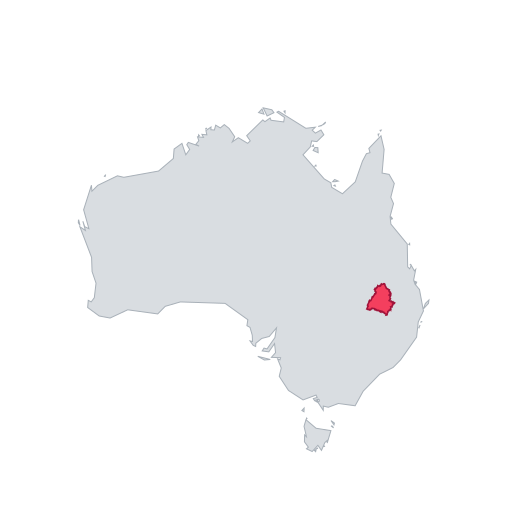 location of Maranoa, Queensland, Australia, rotated 21°
{"feature_id": "25037944B80919931419893", "entity_name": "Maranoa", "entity_type": "district", "adm_level": 2, "iso_a3": "AUS", "parent_name": "Australia", "parent_adm1": "Queensland", "projection": "albers", "projection_center": [148.678, -26.394], "detail": "fine", "context": "in_parent", "style": "filled", "palette": "rose", "viewbox_px": 512, "rotation_deg": 21, "n_neighbors": 0, "source": "geoboundaries", "source_scale": "gbopen_adm2", "svg_char_len": 7570}
<svg xmlns="http://www.w3.org/2000/svg" viewBox="0 0 512 512"><g transform="rotate(21 256 256)"><path d="M337.4,110.6L344.0,133.4L351.0,132.1L359.1,138.7L360.8,152.9L365.6,157.8L367.0,171.0L370.5,177.9L392.9,190.6L401.5,211.8L404.0,212.9L404.4,209.2L409.2,213.1L409.9,211.2L411.8,222.0L414.5,225.3L420.6,228.7L432.0,247.3L431.1,259.4L435.0,274.2L428.2,301.2L423.9,311.0L413.8,322.0L404.5,343.8L402.2,360.3L385.7,364.2L377.7,371.3L372.6,372.0L374.1,376.0L366.1,370.3L367.2,368.9L366.6,367.5L365.2,367.4L362.6,370.1L360.6,368.6L363.8,366.1L361.9,364.3L351.5,373.5L334.5,369.9L320.8,360.0L319.7,351.5L313.0,344.3L315.6,344.4L315.4,342.1L306.7,345.1L308.9,339.2L304.7,331.1L302.3,340.9L295.8,342.4L296.5,339.1L299.6,338.8L302.9,325.4L300.9,315.7L297.2,326.4L290.9,330.9L287.1,337.5L288.1,340.6L285.4,340.4L280.8,337.4L283.4,337.1L280.9,331.3L276.0,324.8L272.5,324.3L271.2,318.4L244.1,311.3L201.8,326.0L189.3,335.5L185.0,345.3L155.5,352.2L142.0,366.2L131.1,368.2L117.3,364.4L115.3,357.5L118.6,357.9L120.0,352.9L116.4,338.7L108.5,329.2L103.0,316.2L81.1,291.8L87.6,293.3L81.9,285.6L85.6,290.0L90.2,290.4L78.5,274.6L77.0,248.9L79.6,254.3L83.0,246.7L97.9,230.8L104.4,229.9L134.6,211.6L143.9,194.6L141.2,185.5L146.5,177.4L154.2,186.7L155.9,180.3L151.5,176.9L152.1,174.2L163.5,173.8L159.8,173.4L161.3,168.9L158.7,165.7L164.5,164.1L161.9,161.8L166.7,160.5L164.3,156.9L167.8,151.7L168.6,154.3L172.0,153.3L171.5,148.3L176.8,149.2L179.3,144.7L185.1,146.5L193.4,152.3L193.0,158.0L197.1,151.9L207.8,153.8L209.4,150.6L204.2,147.0L213.6,126.5L216.2,127.4L219.7,122.1L221.4,123.9L233.8,120.9L232.9,116.4L224.0,114.2L225.2,112.8L256.8,118.9L265.2,114.5L263.4,118.4L267.4,120.0L271.5,115.1L275.9,118.5L271.8,127.4L266.7,128.6L267.6,134.7L263.6,144.7L292.1,159.6L299.6,160.8L302.1,164.8L314.4,166.9L322.1,151.2L321.4,129.2L322.4,120.9L325.4,118.7L322.8,115.1L329.6,99.0L337.4,110.6ZM361.3,390.9L373.8,395.3L388.5,392.2L389.5,405.1L388.5,402.8L387.1,405.5L386.8,414.0L381.6,410.6L378.5,418.4L372.2,417.9L373.4,415.7L367.8,412.1L365.5,405.6L367.9,406.7L361.9,397.8L361.3,390.9ZM209.6,115.1L218.4,113.8L221.4,115.8L216.2,121.3L209.6,115.1ZM293.6,349.0L306.4,347.5L301.1,350.1L293.6,349.0ZM274.9,132.7L277.0,137.3L271.5,137.0L272.1,133.6L274.9,132.7ZM431.3,245.2L431.1,239.6L433.2,235.1L434.0,238.4L431.3,245.2ZM385.0,382.8L389.1,383.9L389.3,385.7L385.0,382.8ZM208.9,116.6L212.6,120.7L207.0,121.2L208.9,116.6ZM356.6,384.2L354.2,383.8L355.4,380.7L356.6,384.2ZM305.9,156.6L303.4,158.2L300.9,159.2L302.0,156.4L305.9,156.6ZM80.8,290.6L78.2,288.6L77.4,286.2L77.6,286.0L80.8,290.6ZM388.4,387.5L390.0,388.7L386.9,387.7L388.4,387.5ZM413.5,222.7L415.4,222.8L415.3,225.2L413.5,222.7ZM367.7,170.8L370.0,172.2L369.6,173.1L367.7,170.8ZM381.5,415.2L381.8,417.3L380.2,416.6L381.5,415.2ZM433.9,261.6L433.9,264.7L433.7,264.6L433.9,261.6ZM231.8,111.9L230.2,110.8L231.1,110.0L231.8,111.9ZM272.8,107.7L270.9,110.2L273.0,105.9L272.8,107.7ZM434.3,258.0L433.3,259.0L434.0,257.9L434.3,258.0ZM279.9,150.4L278.8,150.9L279.3,149.7L279.9,150.4ZM270.5,133.0L269.1,133.4L269.8,131.8L270.5,133.0ZM86.5,233.9L86.6,235.9L85.9,235.9L86.5,233.9ZM327.0,98.0L327.0,99.6L326.3,98.5L327.0,98.0ZM365.2,368.2L365.6,369.2L365.1,368.9L365.2,368.2ZM270.4,110.9L267.6,112.8L270.4,110.5L270.4,110.9ZM164.1,154.6L163.3,155.9L163.7,154.5L164.1,154.6ZM382.4,413.7L381.6,414.1L382.0,413.3L382.4,413.7ZM305.1,162.3L303.5,162.4L304.2,161.4L305.1,162.3ZM160.0,164.0L159.3,164.8L159.0,163.4L160.0,164.0ZM388.2,409.2L387.2,409.8L387.5,408.7L388.2,409.2ZM327.8,93.6L327.6,94.7L326.8,94.2L327.8,93.6ZM364.6,369.6L365.8,370.5L364.0,370.3L364.6,369.6ZM395.5,190.5L394.5,190.5L394.9,189.2L395.5,190.5ZM403.6,209.0L403.1,209.0L403.5,208.0L403.6,209.0ZM361.8,389.3L361.5,390.1L361.2,389.2L361.8,389.3Z" fill="#d9dde1" stroke="#a8b0b8" stroke-width="1"/><path d="M399.3,264.3L399.4,263.6L399.0,263.5L399.3,261.4L399.3,261.1L399.0,260.8L398.9,260.6L399.0,260.5L399.2,260.1L399.4,259.8L399.8,259.4L400.2,259.1L399.8,258.8L400.9,257.6L400.7,257.5L400.5,257.4L400.4,257.3L400.4,257.2L400.7,257.1L400.8,257.2L400.6,256.5L400.5,256.3L400.1,255.2L400.4,255.1L400.2,255.0L401.0,254.6L400.9,254.5L400.8,254.4L400.9,254.2L400.9,253.6L401.1,253.4L401.2,253.0L400.9,253.0L400.9,252.8L401.1,252.8L401.2,252.6L401.1,252.4L401.2,252.5L401.2,252.3L401.2,252.1L401.2,251.9L401.3,251.7L401.0,251.6L401.4,251.3L401.4,251.1L401.6,251.1L401.6,250.8L401.8,250.9L401.8,251.0L402.1,250.9L402.3,250.1L402.2,250.1L401.3,249.9L401.2,250.0L400.9,250.0L400.7,250.0L400.5,249.9L400.4,250.0L400.0,250.0L400.0,250.3L399.8,250.3L399.8,250.2L399.7,250.3L399.4,250.3L399.5,250.2L399.3,250.0L399.5,249.9L399.2,249.8L399.1,250.1L398.9,250.1L398.5,249.7L398.4,249.8L398.1,249.8L397.9,249.8L397.6,249.8L397.4,249.9L396.9,250.0L396.6,250.1L396.3,250.0L396.4,249.8L396.4,249.5L396.3,249.4L396.4,248.9L396.5,248.8L396.6,248.7L396.7,248.4L396.8,248.3L396.8,248.2L396.9,247.7L396.2,247.4L395.8,246.4L395.9,245.7L395.7,245.5L395.7,245.4L395.4,245.3L395.5,245.2L395.4,245.2L395.2,245.0L395.3,244.7L395.2,244.7L394.6,244.9L394.5,244.7L394.2,244.7L394.3,244.4L394.3,244.2L394.4,243.9L394.5,243.8L394.7,244.1L394.9,244.0L395.1,243.9L395.3,243.7L395.3,243.8L395.5,243.7L395.4,243.5L395.4,243.4L395.5,243.3L395.4,243.2L395.3,243.4L395.1,243.1L394.9,243.0L394.9,242.9L395.2,242.6L394.4,241.6L394.2,241.7L393.9,241.7L393.5,241.6L393.3,241.5L393.3,241.4L393.2,241.4L393.2,241.5L393.1,241.4L392.9,241.2L392.7,241.1L392.5,240.9L392.5,240.4L392.7,240.2L392.8,240.1L392.7,239.8L392.4,239.8L392.2,239.9L392.1,240.0L391.8,239.9L391.7,239.8L391.4,239.8L391.4,239.7L391.1,239.5L390.8,239.5L390.5,239.5L390.3,239.5L390.1,239.6L389.8,239.5L389.7,239.6L389.4,239.4L389.2,239.3L389.2,239.2L388.8,239.2L388.7,239.0L388.7,238.9L388.7,238.7L388.4,238.5L388.2,238.3L388.2,238.2L387.9,237.9L387.7,237.9L387.4,237.7L387.2,237.5L387.1,237.3L386.9,237.2L386.7,236.9L386.7,236.7L386.6,236.4L386.5,236.2L386.4,236.2L386.1,236.1L385.8,235.9L385.6,235.9L385.6,236.0L385.3,236.3L385.1,236.3L385.1,236.5L384.9,236.5L384.7,236.7L384.5,236.8L384.4,236.8L384.2,237.0L384.1,237.3L383.9,237.4L383.7,237.4L383.6,237.5L383.5,237.3L383.3,237.2L383.0,237.1L382.9,237.9L383.1,237.9L383.0,239.4L382.1,239.3L381.9,240.2L380.3,240.0L380.4,240.3L380.6,240.5L380.6,240.8L380.3,242.1L379.9,242.0L379.7,243.5L378.8,243.4L378.6,244.9L379.5,245.0L379.6,245.4L379.6,245.8L379.7,246.1L380.0,246.2L380.0,246.3L380.3,246.3L380.5,246.4L380.7,246.7L380.8,246.7L381.0,246.7L381.0,246.8L381.1,247.1L381.2,247.5L381.2,247.8L381.2,248.3L380.9,248.4L380.6,248.3L380.4,248.6L380.5,248.8L380.4,249.1L380.4,249.4L380.6,249.4L380.5,249.8L380.3,249.8L380.0,252.2L379.3,252.2L379.2,252.2L379.1,252.7L379.4,252.7L379.5,252.8L379.4,253.0L379.4,253.4L379.4,253.9L379.3,254.4L379.3,255.7L379.1,256.6L377.9,256.5L377.8,256.9L377.8,257.0L377.7,257.8L378.2,257.9L378.1,258.6L377.9,259.4L377.8,260.5L377.8,261.0L377.7,261.6L377.9,261.6L378.0,262.4L378.0,262.5L378.7,262.6L378.5,264.0L378.5,264.5L378.4,265.0L378.5,265.4L378.4,265.8L379.2,265.9L379.3,265.7L379.9,265.8L380.0,265.5L381.3,265.7L381.4,265.1L382.3,265.2L382.5,263.9L383.0,263.9L383.1,263.1L383.9,263.2L384.1,263.0L384.2,262.9L385.4,263.1L385.4,262.7L386.3,262.8L386.3,263.1L386.3,263.3L386.7,263.0L387.0,263.5L387.8,262.9L388.1,263.3L388.3,263.2L388.7,263.6L389.8,262.8L390.2,263.0L390.4,262.8L390.6,262.9L391.4,263.0L391.3,263.5L392.7,263.7L392.6,263.3L392.7,263.1L392.6,262.9L392.5,262.6L393.0,262.6L393.5,262.5L393.5,262.9L395.0,263.1L395.2,262.6L395.3,262.6L395.4,263.0L396.6,263.2L396.6,263.5L398.7,263.8L398.6,264.0L398.6,264.3L398.7,264.2L399.3,264.3Z" fill="#f43f5e" stroke="#9f1239" stroke-width="1.5"/></g></svg>